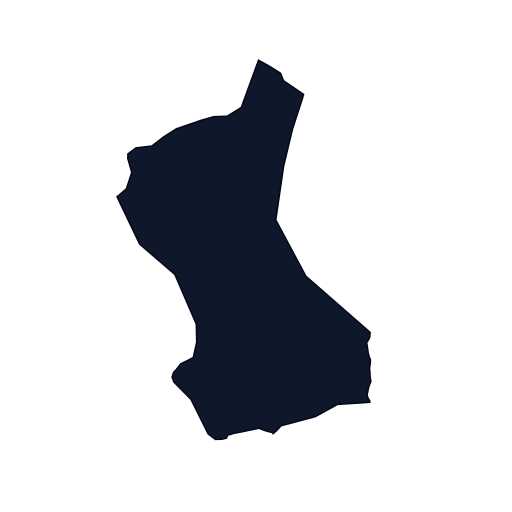 Goodlands, Castries, Saint Lucia (Albers equal-area conic projection), rotated 198°
{"feature_id": "8701671B71229429215357", "entity_name": "Goodlands", "entity_type": "district", "adm_level": 2, "iso_a3": "LCA", "parent_name": "Saint Lucia", "parent_adm1": "Castries", "projection": "albers", "projection_center": [-61.0, 13.991], "detail": "fine", "context": "isolated", "style": "filled", "palette": "ink", "viewbox_px": 512, "rotation_deg": 198, "n_neighbors": 0, "source": "geoboundaries", "source_scale": "gbopen_adm2", "svg_char_len": 1357}
<svg xmlns="http://www.w3.org/2000/svg" viewBox="0 0 512 512"><g transform="rotate(198 256 256)"><path d="M314.1,443.0L315.9,392.7L326.7,380.0L339.1,375.5L349.2,368.8L371.0,352.4L380.4,341.1L389.1,328.4L403.6,321.7L409.4,313.5L408.0,309.0L400.0,297.1L400.0,279.9L406.1,270.0L406.5,269.4L370.3,231.3L327.5,213.4L291.7,172.7L285.8,155.8L284.3,140.1L289.9,134.4L294.3,130.2L296.6,123.7L298.4,119.9L298.4,114.9L295.1,110.7L273.6,99.6L246.5,72.0L237.9,69.0L231.6,71.3L227.9,73.6L227.5,77.0L224.9,78.5L222.3,80.5L215.3,84.3L200.0,93.1L193.4,92.7L185.9,93.1L184.8,92.3L182.1,96.9L179.7,102.3L149.9,121.6L132.7,140.0L102.6,152.0L102.9,153.2L103.9,154.1L105.1,155.0L106.4,156.7L107.2,157.5L107.6,159.6L107.7,161.1L107.9,162.6L108.1,164.2L108.3,166.6L108.3,168.4L108.1,169.9L108.0,171.5L108.1,172.4L108.9,173.9L109.8,175.7L110.6,177.5L111.4,179.8L112.5,182.6L113.3,184.2L113.6,185.8L113.9,187.8L114.2,189.6L114.8,191.6L115.3,192.9L115.9,193.8L116.5,194.3L117.1,194.8L117.8,196.2L119.0,197.9L119.7,199.3L120.6,201.1L121.6,203.1L122.3,204.8L122.6,205.4L123.3,206.4L123.8,207.4L123.9,208.1L123.6,209.2L123.1,211.1L122.9,212.3L122.7,213.2L122.9,214.8L123.2,215.8L123.6,217.4L123.8,218.6L202.3,252.2L248.3,296.4L257.5,350.1L260.5,388.0L260.5,419.6L260.7,424.4L284.0,431.2L289.1,437.4L301.3,440.5L314.1,443.0Z" fill="#0f172a" stroke="#020617" stroke-width="1.5"/></g></svg>